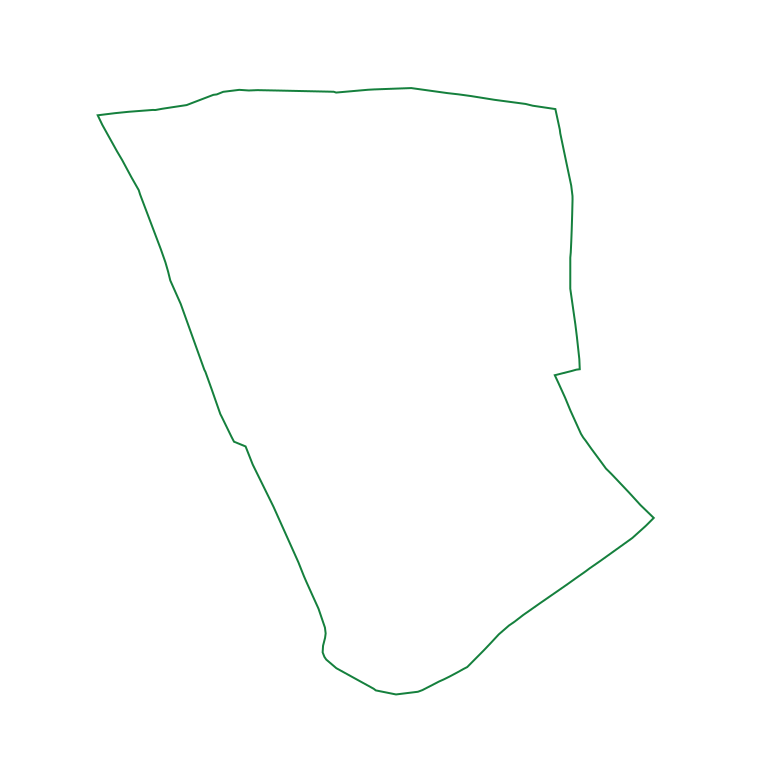 outline of Old City, Amanat Al Asimah, Yemen, rotated 83°
{"feature_id": "15242507B70812526039843", "entity_name": "Old City", "entity_type": "district", "adm_level": 2, "iso_a3": "YEM", "parent_name": "Yemen", "parent_adm1": "Amanat Al Asimah", "projection": "orthographic", "projection_center": [44.214, 15.355], "detail": "fine", "context": "isolated", "style": "outline", "palette": "green", "viewbox_px": 768, "rotation_deg": 83, "n_neighbors": 0, "source": "geoboundaries", "source_scale": "gbopen_adm2", "svg_char_len": 1653}
<svg xmlns="http://www.w3.org/2000/svg" viewBox="0 0 768 768"><g transform="rotate(83 384 384)"><path d="M82.4,635.4L92.5,632.0L120.4,620.7L129.8,616.6L148.3,609.4L161.7,603.8L166.1,603.0L223.0,589.1L236.7,586.1L246.1,584.6L255.2,583.5L279.8,576.0L348.0,560.6L350.1,559.8L368.2,555.7L394.0,550.1L396.1,549.3L417.9,541.8L423.0,539.9L429.1,529.0L448.0,524.1L492.2,508.7L538.2,494.5L550.5,490.7L565.0,486.9L571.1,485.1L585.6,480.6L599.0,476.4L618.6,472.3L622.2,472.3L624.4,472.3L628.7,473.4L636.4,476.4L642.9,477.6L647.6,476.4L650.5,474.9L660.3,465.9L685.3,431.3L687.1,429.5L693.6,409.9L693.6,387.8L692.5,383.2L686.0,365.6L684.5,360.7L682.4,354.7L679.1,346.1L676.6,340.0L675.1,335.9L660.6,317.5L654.1,309.6L646.5,300.6L638.9,289.3L636.0,283.7L630.2,273.9L622.6,259.6L620.4,255.5L613.9,243.1L604.8,225.8L600.5,217.9L594.3,206.3L592.1,202.5L586.0,190.9L567.1,156.3L556.6,141.3L549.8,132.6L535.3,144.3L521.5,154.1L501.2,169.1L495.0,174.0L488.9,177.4L473.7,186.0L464.6,190.9L461.4,192.8L457.4,194.6L433.1,202.2L419.7,205.9L404.1,210.8L396.1,213.4L394.0,196.5L393.6,193.9L393.2,191.3L393.2,187.9L383.1,187.1L360.6,186.8L348.3,186.8L312.1,187.5L281.3,183.7L276.2,182.6L265.0,180.7L253.8,178.9L238.9,176.6L224.0,174.4L220.4,174.0L209.9,174.0L187.8,175.9L156.7,178.5L153.0,178.5L132.0,180.4L125.9,202.5L123.3,209.3L115.4,239.7L108.8,262.6L105.6,274.7L103.0,285.6L93.6,320.9L92.2,337.0L90.4,358.1L90.0,364.1L88.9,396.0L87.8,398.3L79.8,453.5L76.9,473.8L76.2,482.4L74.4,491.8L74.4,508.0L76.2,514.7L76.2,518.1L81.6,539.9L83.1,545.9L83.5,560.6L83.8,570.7L84.2,577.5L83.8,580.1L82.7,604.2L82.4,618.1L82.4,635.4Z" fill="none" stroke="#15803d" stroke-width="2"/></g></svg>